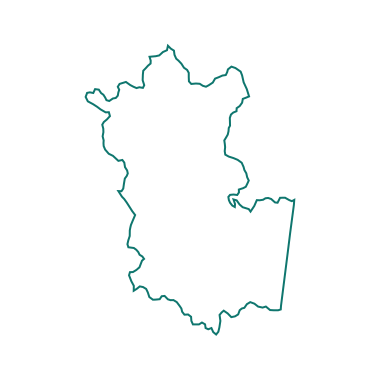 outline of São José do Povo, Mato Grosso, Brazil, rotated 336°
{"feature_id": "56859067B50563436026084", "entity_name": "São José do Povo", "entity_type": "district", "adm_level": 2, "iso_a3": "BRA", "parent_name": "Brazil", "parent_adm1": "Mato Grosso", "projection": "natural_earth1", "projection_center": [-54.277, -16.458], "detail": "fine", "context": "isolated", "style": "outline", "palette": "teal", "viewbox_px": 384, "rotation_deg": 336, "n_neighbors": 0, "source": "geoboundaries", "source_scale": "gbopen_adm2", "svg_char_len": 3151}
<svg xmlns="http://www.w3.org/2000/svg" viewBox="0 0 384 384"><g transform="rotate(336 192 192)"><path d="M233.0,55.5L231.0,52.5L229.5,48.6L226.8,52.3L222.4,52.3L217.6,53.9L214.1,53.2L210.9,52.1L208.2,51.2L207.7,55.2L206.4,57.8L203.2,58.7L200.3,60.0L196.8,61.4L194.9,64.7L192.4,69.8L191.8,75.0L189.5,76.9L186.5,74.9L183.6,74.5L181.3,72.0L179.1,69.2L176.4,64.6L169.8,63.8L167.0,65.7L167.1,69.0L165.2,71.1L163.4,73.8L160.6,75.1L157.8,74.4L153.4,75.2L151.2,73.3L151.1,70.3L150.6,67.1L149.2,64.7L148.5,60.6L145.3,58.6L142.1,61.4L139.2,59.4L136.5,58.8L133.5,61.9L133.7,66.8L137.4,71.6L140.0,75.6L142.1,79.4L145.5,84.1L148.5,85.3L147.9,89.3L143.8,91.1L139.9,92.2L137.4,94.0L136.7,98.1L135.4,101.3L133.0,104.8L132.3,108.9L131.0,111.4L130.0,114.1L129.9,117.9L131.5,123.2L134.5,126.8L136.2,130.8L137.4,133.6L141.4,134.4L142.1,137.6L140.9,142.1L141.5,145.9L140.9,148.9L138.9,150.8L136.1,152.4L133.3,156.6L130.6,160.9L127.9,162.6L125.1,161.2L126.1,167.8L127.2,170.8L128.1,175.2L129.0,181.1L129.6,185.2L130.7,189.9L126.6,193.7L122.8,197.3L121.2,199.4L119.6,201.7L117.2,206.9L114.2,210.2L111.8,213.4L111.4,216.6L116.1,219.5L117.6,222.1L118.5,225.0L118.6,228.0L120.4,230.7L121.0,233.6L118.4,234.4L115.7,237.1L113.4,239.4L109.4,240.6L105.5,241.1L102.7,240.0L100.6,242.5L100.3,249.0L100.7,254.0L98.6,258.5L102.1,258.0L105.9,257.0L108.6,258.9L110.7,261.9L110.8,265.7L110.3,270.6L112.5,274.5L115.0,275.5L118.9,276.8L121.9,274.9L124.7,275.8L126.3,280.2L128.4,282.1L131.1,283.2L133.3,286.4L134.3,290.8L134.9,294.1L134.3,297.4L135.2,301.0L138.6,302.3L140.4,305.6L139.0,309.5L139.0,313.3L144.5,315.8L148.0,315.3L150.1,318.2L149.1,321.8L151.0,324.0L154.4,324.2L154.4,328.6L156.1,332.0L159.2,330.4L161.9,326.9L165.5,321.3L166.4,318.2L167.2,315.5L170.1,314.1L172.7,313.3L175.2,317.4L177.0,322.3L180.7,323.1L184.4,322.6L187.5,319.4L190.1,318.7L192.7,319.1L196.5,316.8L200.4,316.3L203.6,319.4L205.8,323.6L209.5,326.3L212.9,326.7L215.3,331.6L218.6,333.3L222.7,335.1L225.3,335.4L227.0,332.2L254.5,286.8L265.1,269.2L279.9,245.1L282.2,240.8L279.5,241.0L277.5,238.9L274.7,235.1L270.1,233.1L265.8,236.6L263.6,235.3L261.5,230.6L259.1,228.4L256.5,227.6L253.8,228.0L250.5,227.1L247.9,225.8L243.2,230.1L237.5,233.7L236.9,230.7L232.1,226.5L230.4,222.8L229.4,217.8L226.9,215.7L226.4,220.5L225.0,223.1L223.3,220.8L222.4,217.3L222.4,214.4L223.2,211.3L225.6,210.1L228.9,211.2L232.1,213.1L234.7,211.5L235.8,208.8L240.2,209.3L243.3,209.1L246.5,206.4L248.5,204.6L248.4,201.0L249.2,197.0L248.8,193.2L249.3,190.1L249.3,185.5L246.8,181.2L243.7,177.9L240.0,174.6L237.6,171.4L238.5,168.0L240.5,164.5L241.5,161.5L242.5,158.0L245.4,156.0L248.0,154.1L250.1,151.3L251.6,148.5L253.7,146.9L255.5,142.6L256.7,139.7L259.1,137.1L262.0,136.2L265.5,136.3L266.9,133.6L270.5,132.9L274.1,130.8L276.3,127.6L279.4,127.8L283.0,127.9L283.9,120.3L283.8,112.8L285.2,105.8L285.4,101.8L282.1,96.4L279.0,93.5L274.7,94.6L272.8,96.9L270.4,98.9L267.2,98.0L262.9,98.0L259.2,97.8L255.5,100.5L250.6,101.3L247.6,101.5L245.1,99.4L243.1,96.3L239.7,94.5L235.3,93.0L234.2,89.7L235.7,85.9L237.5,81.8L237.2,78.5L235.2,75.2L234.5,70.5L233.1,66.5L231.8,63.8L231.8,59.6L233.0,55.5Z" fill="none" stroke="#0f766e" stroke-width="2"/></g></svg>